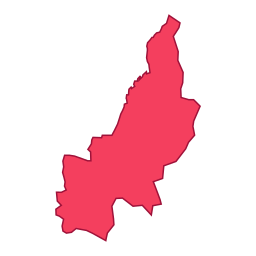 outline of Shkodër, Shkodër, Albania
{"feature_id": "67620474B15717375113052", "entity_name": "Shkodër", "entity_type": "district", "adm_level": 2, "iso_a3": "ALB", "parent_name": "Albania", "parent_adm1": "Shkodër", "projection": "albers", "projection_center": [19.63, 42.154], "detail": "fine", "context": "isolated", "style": "filled", "palette": "rose", "viewbox_px": 256, "rotation_deg": 0, "n_neighbors": 0, "source": "geoboundaries", "source_scale": "gbopen_adm2", "svg_char_len": 1555}
<svg xmlns="http://www.w3.org/2000/svg" viewBox="0 0 256 256"><path d="M93.0,137.4L91.8,139.9L91.4,143.9L87.9,149.4L90.6,151.9L90.9,160.8L87.7,160.8L74.6,156.1L69.5,155.3L64.6,155.3L62.9,161.1L63.7,166.9L62.6,172.3L64.0,177.3L65.1,181.9L64.5,186.1L66.2,190.0L61.4,192.3L56.5,192.2L57.3,201.1L61.3,205.3L55.9,209.2L56.1,214.9L59.3,216.1L63.6,219.2L62.1,226.1L63.0,231.1L66.4,233.1L71.5,232.3L76.1,228.5L86.5,230.4L92.2,233.1L105.8,240.6L106.2,238.4L107.4,233.0L113.9,224.8L113.5,218.8L111.9,206.2L116.0,198.4L122.5,198.1L133.0,206.2L142.3,205.3L147.7,211.1L151.3,215.0L152.8,205.7L161.2,204.1L160.1,199.8L157.7,193.3L153.3,181.7L162.6,178.4L163.8,165.8L176.0,161.4L185.7,148.8L188.5,142.3L194.6,135.2L192.9,126.4L193.7,121.0L200.1,106.2L193.6,99.7L188.8,99.7L181.1,97.5L180.7,88.8L182.7,82.8L183.1,72.4L177.8,60.4L178.2,51.6L173.3,36.4L174.2,34.9L175.5,33.0L176.6,31.2L177.8,29.4L178.9,27.6L180.0,22.9L169.0,15.4L168.5,17.0L166.5,23.4L162.4,26.2L162.2,26.4L161.3,29.0L159.7,32.2L158.2,32.5L156.6,32.9L154.3,35.3L153.3,37.4L152.0,37.4L149.9,40.2L147.6,42.7L146.8,46.2L147.4,48.6L147.4,50.4L146.6,57.7L147.4,61.5L148.9,64.3L149.2,67.1L150.0,72.7L146.6,73.8L146.4,71.7L143.0,74.8L142.5,76.6L139.4,79.7L140.4,75.9L137.8,78.7L137.3,81.1L134.7,81.1L133.7,84.3L134.7,86.4L131.6,88.5L131.1,87.1L129.0,89.2L128.8,90.6L128.5,94.8L126.7,94.8L126.2,98.3L126.5,98.9L127.2,103.1L124.4,104.2L124.1,107.0L122.6,110.5L120.8,114.0L119.5,118.2L117.6,124.1L114.5,130.4L111.9,135.3L102.3,135.3L101.6,137.7L93.0,137.4Z" fill="#f43f5e" stroke="#9f1239" stroke-width="1.5"/></svg>